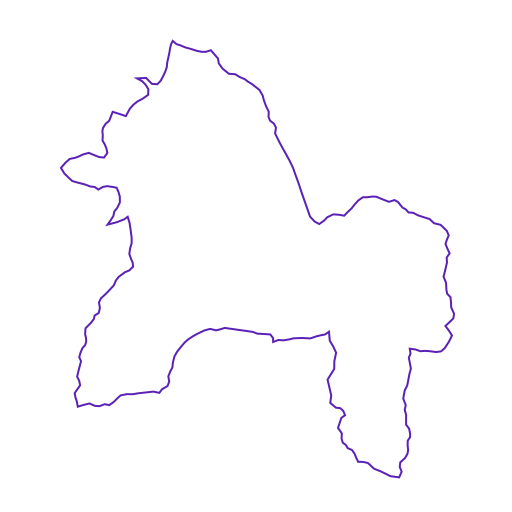 Garça, São Paulo, Brazil, rotated 276°
{"feature_id": "56859067B4895649767626", "entity_name": "Garça", "entity_type": "district", "adm_level": 2, "iso_a3": "BRA", "parent_name": "Brazil", "parent_adm1": "São Paulo", "projection": "orthographic", "projection_center": [-49.7, -22.232], "detail": "fine", "context": "isolated", "style": "outline", "palette": "violet", "viewbox_px": 512, "rotation_deg": 276, "n_neighbors": 0, "source": "geoboundaries", "source_scale": "gbopen_adm2", "svg_char_len": 3856}
<svg xmlns="http://www.w3.org/2000/svg" viewBox="0 0 512 512"><g transform="rotate(276 256 256)"><path d="M87.5,94.5L89.9,100.1L91.9,105.8L90.1,111.5L90.3,116.0L92.8,121.1L92.4,125.7L96.0,129.8L99.4,132.5L103.2,135.9L105.1,142.0L105.7,148.1L107.1,153.0L108.5,159.4L110.4,168.1L109.8,174.2L113.7,176.5L117.4,181.6L122.1,182.8L127.2,181.4L132.5,182.9L136.4,184.5L141.5,184.5L147.7,185.4L152.5,187.5L158.0,191.0L162.4,194.0L166.0,197.3L169.3,201.3L172.1,205.2L176.6,212.5L178.7,218.0L177.9,224.0L179.2,227.7L181.2,232.5L180.2,260.7L178.9,265.6L179.2,270.9L179.5,278.4L176.1,281.6L172.3,282.0L174.8,287.1L175.0,292.1L176.6,298.0L178.0,301.7L178.6,305.6L179.3,310.6L179.7,318.6L182.2,324.0L184.0,328.9L185.1,332.7L188.3,336.5L179.5,338.2L174.0,342.3L168.2,345.8L159.6,344.9L151.9,345.6L145.9,342.7L140.5,340.1L134.5,342.2L125.1,345.4L117.7,345.2L113.5,351.3L113.5,355.7L111.0,359.0L107.0,361.2L103.9,357.8L99.4,356.8L93.6,355.5L88.6,359.9L83.3,360.2L79.4,361.8L77.6,365.0L74.5,367.3L73.1,371.7L69.7,374.7L66.4,376.4L62.0,379.1L62.4,383.9L61.9,388.8L56.8,395.7L54.8,402.7L53.0,407.7L51.1,412.6L50.8,421.5L56.7,423.4L61.3,421.0L65.8,421.0L70.6,425.3L75.0,427.3L79.0,427.6L83.5,426.6L88.2,426.2L92.0,428.2L95.6,427.8L100.3,426.3L104.0,422.9L108.7,422.4L113.7,421.9L118.5,420.0L123.4,420.5L129.7,417.3L137.9,418.0L142.9,419.9L148.2,420.4L154.6,420.9L160.2,421.8L166.3,420.0L170.9,418.6L175.0,419.9L179.9,418.6L179.7,424.3L178.5,429.4L179.3,434.1L179.5,438.7L179.3,445.2L180.5,450.0L184.2,453.4L191.1,456.9L197.4,459.2L201.7,455.9L206.2,451.7L211.1,455.9L214.6,458.8L219.3,459.0L225.3,455.5L229.6,454.9L235.4,453.7L238.5,450.0L242.3,448.9L249.2,447.8L255.1,444.7L262.7,445.8L269.4,446.6L274.5,445.8L278.8,448.3L283.5,445.5L287.8,443.2L292.0,444.1L296.7,445.5L301.0,443.1L306.3,436.3L307.2,429.6L310.9,424.8L311.7,420.7L313.3,413.1L315.4,407.7L315.3,403.1L318.0,400.1L319.5,396.6L324.6,391.5L326.1,387.9L323.8,382.6L325.7,375.5L327.5,369.4L327.3,365.4L326.1,360.7L325.6,356.1L321.9,351.9L317.4,348.6L313.5,346.2L308.3,341.8L305.3,339.5L305.7,334.8L305.5,328.5L302.0,322.8L298.4,320.1L294.4,315.5L296.4,310.7L300.9,305.6L324.6,294.4L332.2,291.0L343.3,285.6L347.4,283.7L354.4,279.4L370.1,268.4L379.8,262.2L385.9,262.4L389.6,259.9L392.1,255.8L395.7,253.9L400.9,253.6L405.9,250.4L411.6,247.6L416.2,245.9L421.5,242.1L424.7,237.0L426.8,233.6L428.6,229.7L430.7,226.3L432.4,220.8L434.6,216.4L434.4,210.0L438.9,203.1L443.6,198.9L448.5,197.5L452.5,193.2L455.9,189.6L453.8,184.8L453.4,180.4L453.8,176.0L455.1,169.7L456.1,163.6L457.5,159.2L458.4,154.8L461.2,150.7L457.7,149.4L453.2,148.8L449.3,148.6L445.4,148.2L439.2,147.5L434.3,147.5L430.0,146.5L426.1,145.2L420.3,142.9L416.5,139.9L416.3,134.5L421.6,128.1L420.2,119.1L418.0,124.4L415.0,128.1L410.7,131.5L405.0,131.9L400.8,127.1L397.2,121.8L393.6,118.2L389.2,115.1L384.8,113.3L381.5,111.9L382.9,105.8L384.4,98.4L375.2,95.9L371.7,92.6L367.3,90.4L363.7,90.2L360.2,91.0L354.7,91.3L351.1,94.0L347.0,96.1L343.0,97.4L338.0,94.6L338.0,89.6L339.6,83.9L341.1,78.9L338.8,73.1L336.7,69.8L334.7,65.8L333.1,60.6L328.8,56.7L323.2,52.8L317.9,56.9L314.0,61.9L311.4,65.3L310.4,70.8L309.2,78.8L307.8,83.9L307.8,88.3L305.6,92.3L308.7,96.5L309.9,100.7L309.7,106.2L309.3,110.3L305.2,112.6L300.7,114.4L294.9,115.0L289.2,112.9L285.3,110.4L281.0,110.0L276.9,108.0L271.7,105.1L275.0,113.9L278.7,121.1L281.6,124.3L276.0,126.7L269.2,128.5L261.3,130.4L255.7,131.0L250.4,130.0L244.8,129.8L239.9,132.1L236.6,134.0L232.5,134.9L228.4,131.5L226.2,127.4L221.0,121.7L217.0,119.2L212.0,117.7L207.3,114.2L202.7,110.6L197.6,106.2L193.6,104.7L187.8,106.2L182.9,105.5L179.9,101.7L176.3,101.3L172.0,98.6L166.3,94.0L160.5,94.2L157.1,95.4L153.4,96.1L149.5,95.4L146.3,93.0L141.2,91.5L136.8,90.8L133.1,93.0L126.1,91.9L121.9,91.3L117.4,90.7L113.4,93.2L109.0,94.6L104.2,91.9L100.6,90.0L96.9,91.1L92.6,93.0L87.5,94.5Z" fill="none" stroke="#5b21b6" stroke-width="2"/></g></svg>